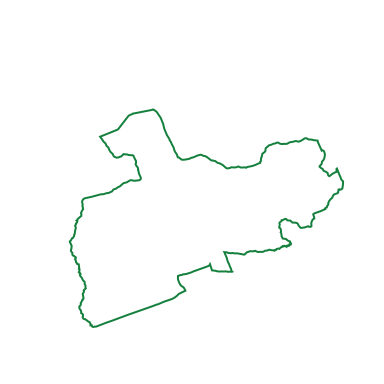 the district of Chunya, Mbeya, United Republic of Tanzania, rotated 250°
{"feature_id": "72390352B92011686492741", "entity_name": "Chunya", "entity_type": "district", "adm_level": 2, "iso_a3": "TZA", "parent_name": "United Republic of Tanzania", "parent_adm1": "Mbeya", "projection": "robinson", "projection_center": [33.407, -7.806], "detail": "fine", "context": "isolated", "style": "outline", "palette": "green", "viewbox_px": 384, "rotation_deg": 250, "n_neighbors": 0, "source": "geoboundaries", "source_scale": "gbopen_adm2", "svg_char_len": 6023}
<svg xmlns="http://www.w3.org/2000/svg" viewBox="0 0 384 384"><g transform="rotate(250 192 192)"><path d="M275.4,124.6L270.8,125.9L269.5,126.1L267.4,127.3L264.5,127.5L262.5,128.6L259.5,128.7L257.0,129.3L255.0,130.5L253.1,130.6L252.0,130.9L251.4,131.4L250.2,132.7L249.6,134.6L249.8,136.3L249.6,137.2L250.3,139.5L250.9,140.1L251.0,140.6L249.2,144.3L248.6,144.8L246.6,149.1L245.9,149.4L242.7,149.6L240.3,150.0L238.8,149.5L237.3,148.5L235.6,148.7L233.6,149.4L232.5,149.4L231.2,148.8L230.1,149.0L228.9,148.6L226.9,148.5L223.2,148.8L221.8,148.4L221.2,147.2L221.1,146.5L221.4,145.0L222.3,141.6L224.0,138.7L224.1,137.5L223.4,134.1L223.7,131.1L223.6,130.2L221.9,126.0L221.9,124.4L221.2,121.8L221.2,119.1L220.9,118.5L219.9,117.0L219.7,114.5L219.6,113.2L220.1,111.4L220.2,108.2L221.0,105.5L221.9,95.2L222.7,89.7L222.7,88.5L222.3,87.1L220.9,85.6L220.4,85.3L217.7,85.0L216.3,84.2L215.2,84.3L214.1,83.9L213.2,83.9L211.9,82.1L210.3,80.6L210.0,80.4L209.0,80.5L207.4,79.8L205.6,75.1L204.8,74.5L204.7,73.9L204.0,74.4L202.8,73.5L202.8,73.2L202.3,72.8L202.0,72.1L201.0,71.7L200.8,71.2L200.1,70.5L198.6,70.7L197.5,70.3L195.8,69.0L192.5,67.3L192.0,66.5L190.9,66.2L189.5,64.2L189.5,63.5L189.1,62.9L188.6,62.5L187.6,61.1L187.4,60.3L186.4,60.1L185.2,60.4L183.7,60.3L182.7,60.6L179.7,59.1L178.6,58.2L177.4,58.1L175.7,58.8L174.4,58.2L173.5,58.2L172.8,58.6L172.2,59.4L171.3,59.7L170.3,60.5L169.5,60.1L169.0,59.2L168.3,59.1L167.8,59.4L165.6,59.0L164.3,59.6L163.7,59.5L162.7,60.9L161.8,60.5L160.6,60.5L158.4,59.4L158.0,59.9L157.4,59.5L156.7,59.5L155.8,58.8L155.5,58.3L154.6,58.9L153.9,58.6L153.5,59.2L153.0,59.2L152.8,58.8L152.0,58.2L150.9,58.4L149.5,59.0L146.2,59.4L144.2,60.4L142.4,59.7L140.4,59.9L138.6,59.2L137.7,59.2L136.8,56.8L136.4,56.5L135.8,56.6L135.2,56.3L133.5,54.4L129.5,53.8L128.9,53.5L128.5,52.4L127.7,52.2L127.5,51.4L125.7,49.8L125.7,49.5L124.2,49.0L123.4,48.1L122.9,46.9L121.6,46.5L119.8,46.6L119.0,47.1L117.3,46.9L116.1,46.4L115.1,47.3L114.0,47.6L112.4,47.0L111.9,46.4L110.1,46.6L109.5,47.2L109.0,48.2L108.3,48.5L107.8,49.0L105.9,50.1L104.7,51.3L104.2,51.2L103.3,51.6L101.4,51.0L101.1,52.2L99.8,52.2L99.2,52.6L98.9,53.1L98.8,54.7L98.3,55.6L98.3,56.2L98.5,67.2L98.4,72.2L98.5,90.2L98.2,116.9L98.3,120.2L98.1,121.7L98.5,128.2L98.3,136.8L98.7,139.4L99.6,142.3L100.8,145.0L101.5,152.0L104.6,151.7L106.1,150.9L107.4,149.9L108.8,149.3L110.5,149.0L114.6,148.9L117.9,150.1L117.9,152.5L117.6,153.6L117.7,155.0L116.9,158.7L116.7,164.1L116.9,165.9L116.8,180.1L116.9,182.4L117.0,183.1L118.0,184.2L111.5,184.0L110.1,186.9L108.7,188.8L107.6,191.3L107.1,193.2L106.5,194.4L105.8,196.7L104.5,199.0L104.3,200.1L103.4,202.2L103.4,202.5L104.1,202.1L106.3,202.4L109.6,202.1L111.5,202.2L114.0,201.8L118.8,202.1L124.4,201.8L123.1,204.6L122.3,205.2L121.4,207.0L120.7,209.4L119.6,211.4L118.9,213.5L115.3,219.6L115.4,220.6L116.1,221.6L116.6,223.2L116.4,224.5L116.6,226.1L115.3,229.2L115.1,231.3L113.1,233.3L112.3,236.2L111.8,237.1L111.5,238.7L111.8,240.9L111.3,242.4L111.3,245.0L109.9,247.2L109.4,248.5L108.6,249.3L108.7,249.8L109.1,249.9L109.2,250.2L108.9,251.2L108.9,251.5L109.4,251.8L109.5,252.8L109.2,254.0L108.7,254.6L109.6,256.8L109.6,258.0L109.9,258.2L109.8,258.5L110.1,258.9L109.5,259.6L109.9,260.3L109.8,260.7L109.5,260.8L108.3,262.0L108.8,262.2L108.5,263.6L109.0,263.5L109.0,264.3L108.5,264.6L108.8,264.9L108.7,265.3L109.4,265.6L109.4,266.6L109.0,266.9L109.3,267.2L109.5,267.4L110.2,267.3L110.9,266.8L111.4,266.8L111.6,267.2L112.0,267.2L113.3,265.6L115.6,264.3L115.8,263.7L116.4,263.1L117.2,261.4L119.5,261.0L122.6,261.8L123.7,261.5L124.3,262.1L126.1,262.6L127.6,262.6L128.6,261.8L129.0,261.9L129.8,262.3L131.0,263.2L132.9,263.5L133.4,264.0L134.2,266.4L134.8,266.7L134.6,267.0L134.7,269.1L134.9,270.0L134.7,270.8L134.1,271.4L132.7,271.9L131.5,274.6L129.1,275.8L128.8,276.2L127.7,279.0L126.8,280.0L126.1,280.5L123.7,280.8L121.2,281.8L120.7,283.1L120.5,284.5L120.2,285.5L120.1,289.4L119.8,289.9L119.2,290.2L118.7,291.5L119.1,292.6L121.8,293.4L122.7,293.9L124.6,295.7L125.2,297.1L125.2,297.8L126.7,298.2L129.0,298.2L129.8,298.5L130.1,300.4L130.0,306.6L130.4,311.4L131.0,311.4L131.2,311.7L131.5,312.6L131.4,313.4L132.7,314.3L133.2,315.3L133.7,315.8L135.2,316.4L136.5,317.7L138.0,320.0L138.4,321.3L138.9,322.1L139.8,322.7L141.1,324.5L141.1,328.6L141.7,329.3L143.0,329.8L143.3,330.4L143.9,330.4L144.2,330.7L144.1,331.5L143.4,332.5L143.5,334.2L143.2,334.0L147.1,336.3L150.3,337.6L152.2,336.7L153.4,336.5L155.6,336.6L158.0,336.4L164.5,336.2L164.4,335.8L162.9,335.2L162.1,335.1L161.5,334.7L161.5,332.7L161.2,331.7L161.2,330.6L159.9,326.7L160.4,326.0L161.1,325.7L163.6,325.9L165.3,324.7L166.8,323.0L169.0,322.6L170.6,321.3L172.1,320.5L172.6,320.7L173.6,322.7L174.3,323.6L176.1,324.6L176.9,326.2L177.9,327.4L178.8,328.1L181.5,329.6L182.7,329.9L185.1,330.0L186.6,329.0L186.8,328.6L186.6,328.0L195.5,327.4L197.3,327.6L198.7,325.0L199.1,324.0L200.2,322.6L201.5,319.5L203.4,317.9L203.8,316.7L203.7,315.6L202.9,312.2L202.8,309.5L204.3,307.1L204.5,306.3L204.8,303.0L205.3,301.1L204.8,298.1L205.1,297.0L205.1,296.2L205.8,295.1L206.0,293.7L207.1,291.4L209.1,289.6L209.3,289.1L209.2,286.8L209.5,284.6L209.3,282.4L209.5,280.0L209.2,279.6L208.0,276.4L207.1,275.7L205.4,275.0L204.8,274.1L203.9,271.2L202.2,270.2L200.9,269.3L200.6,268.8L198.8,267.8L197.8,267.5L197.3,267.1L197.1,266.4L196.1,266.1L196.0,263.6L195.7,260.0L195.9,256.8L196.6,252.4L196.3,251.1L197.2,249.9L197.6,248.2L198.5,245.9L199.7,244.8L200.2,244.0L200.0,242.4L200.8,239.5L201.6,238.0L201.8,237.3L201.6,236.1L202.0,233.4L202.7,232.4L206.7,230.2L209.1,228.2L210.8,225.9L213.1,224.4L214.5,222.3L215.0,221.0L219.9,217.9L221.3,216.5L222.1,215.1L223.8,213.4L224.1,212.7L224.4,210.0L224.1,204.9L224.4,202.9L224.1,201.1L224.6,197.5L225.2,195.2L225.4,194.4L226.1,193.2L228.9,191.5L229.5,190.5L232.5,190.6L236.1,189.7L240.7,189.9L243.3,189.4L246.7,189.2L248.2,188.7L249.3,188.9L254.1,187.9L261.1,187.6L266.2,188.2L272.6,187.9L279.4,186.2L282.3,184.3L282.8,183.6L282.6,183.4L282.9,182.8L282.9,182.0L285.9,163.0L285.7,162.8L285.4,158.6L276.1,143.8L275.4,124.6Z" fill="none" stroke="#15803d" stroke-width="2"/></g></svg>